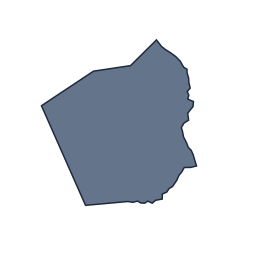 the district of Olho d'Água do Borges, Rio Grande do Norte, Brazil, rotated 227°
{"feature_id": "56859067B79092127139652", "entity_name": "Olho d'Água do Borges", "entity_type": "district", "adm_level": 2, "iso_a3": "BRA", "parent_name": "Brazil", "parent_adm1": "Rio Grande do Norte", "projection": "mercator", "projection_center": [-37.735, -5.981], "detail": "fine", "context": "isolated", "style": "filled", "palette": "slate", "viewbox_px": 256, "rotation_deg": 227, "n_neighbors": 0, "source": "geoboundaries", "source_scale": "gbopen_adm2", "svg_char_len": 775}
<svg xmlns="http://www.w3.org/2000/svg" viewBox="0 0 256 256"><g transform="rotate(227 128 128)"><path d="M100.4,44.2L74.3,77.8L70.3,80.9L68.1,85.0L64.2,86.4L61.6,89.0L61.0,92.6L56.5,94.4L56.3,98.9L52.7,104.6L56.3,108.1L54.7,112.5L55.7,116.8L54.8,120.6L56.6,128.4L58.6,132.9L59.3,137.9L60.8,142.1L56.4,147.0L53.5,152.2L59.2,155.0L64.2,157.5L68.6,159.0L72.9,158.9L76.9,160.6L83.5,162.5L88.3,165.5L91.9,167.3L93.4,172.2L92.4,177.7L98.1,181.7L98.7,185.5L99.3,190.1L102.7,193.9L108.3,191.4L110.6,194.9L114.2,196.1L114.8,200.7L119.7,203.5L123.2,206.4L128.2,208.9L130.7,211.2L134.6,210.2L141.5,211.8L147.9,211.6L154.1,210.4L159.8,208.9L164.8,208.1L173.0,208.9L171.9,172.4L193.1,141.5L200.9,94.5L203.3,79.9L100.4,44.2Z" fill="#64748b" stroke="#1e293b" stroke-width="1.5"/></g></svg>